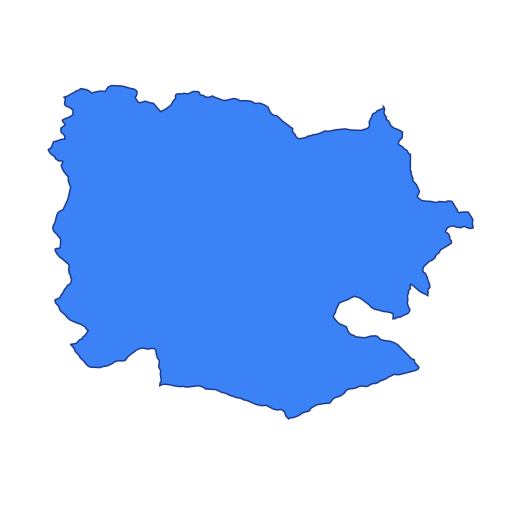 the district of Yarowilca, Huánuco, Peru, rotated 274°
{"feature_id": "86281439B41621224509593", "entity_name": "Yarowilca", "entity_type": "district", "adm_level": 2, "iso_a3": "PER", "parent_name": "Peru", "parent_adm1": "Huánuco", "projection": "equal_earth", "projection_center": [-76.6, -9.812], "detail": "fine", "context": "isolated", "style": "filled", "palette": "blue", "viewbox_px": 512, "rotation_deg": 274, "n_neighbors": 0, "source": "geoboundaries", "source_scale": "gbopen_adm2", "svg_char_len": 6032}
<svg xmlns="http://www.w3.org/2000/svg" viewBox="0 0 512 512"><g transform="rotate(274 256 256)"><path d="M137.0,381.6L137.1,383.9L138.2,386.4L140.4,389.2L140.6,390.3L143.0,394.9L144.0,395.7L146.5,400.3L147.4,401.3L147.6,407.1L152.9,422.9L154.6,425.7L156.0,426.2L157.0,425.8L160.5,422.0L163.6,421.0L164.3,418.4L171.7,410.1L173.7,407.5L175.9,405.4L177.5,403.4L179.2,399.8L180.4,395.5L180.4,391.8L181.1,387.0L182.1,385.2L184.2,383.0L184.7,380.6L184.1,376.1L182.2,370.8L182.0,369.1L182.3,361.5L183.4,359.3L184.4,355.9L186.7,353.5L191.7,351.0L194.3,343.7L196.7,340.8L200.6,337.4L202.2,337.6L205.6,339.3L207.4,339.4L214.2,342.0L215.5,343.2L219.5,351.7L221.1,353.8L222.7,357.3L222.3,358.1L222.0,360.9L220.6,364.0L215.3,372.1L213.0,374.4L211.7,376.8L210.8,380.0L210.7,382.4L210.0,384.4L209.5,387.6L209.5,390.1L208.7,395.1L208.0,396.5L206.6,397.1L202.9,397.0L203.3,399.2L204.7,401.5L205.1,404.3L206.7,406.5L209.3,411.6L212.5,413.3L213.7,413.1L215.3,411.9L219.4,410.2L223.2,410.5L226.8,409.8L230.3,410.8L232.1,410.4L234.2,412.4L236.2,411.7L238.6,412.1L237.1,415.3L232.4,421.4L230.3,425.6L229.5,428.2L228.5,430.1L230.4,430.0L231.7,430.4L233.2,429.7L234.6,429.8L236.7,431.7L240.4,431.0L244.0,429.0L246.1,428.6L249.7,426.6L250.6,426.0L251.6,423.9L254.8,423.3L257.6,424.4L261.1,427.9L262.4,428.7L264.0,431.8L266.6,434.6L269.3,435.3L271.7,438.1L275.1,439.7L280.8,448.0L282.4,449.8L283.5,450.1L284.7,449.8L286.3,448.1L289.0,447.8L291.0,446.7L291.9,445.7L293.3,443.4L294.1,443.4L297.4,444.9L299.3,448.0L299.8,450.4L298.6,455.1L298.6,458.7L300.1,461.1L300.0,462.1L298.8,465.2L298.4,467.8L299.0,470.2L299.4,470.6L300.4,470.6L302.9,469.5L307.5,469.8L314.5,464.8L314.6,462.7L313.9,457.1L313.4,455.6L313.6,454.5L316.2,453.5L318.6,451.5L323.6,448.2L324.3,447.1L324.2,443.3L323.0,441.6L323.2,435.0L322.3,433.3L321.9,431.2L322.6,427.1L322.6,419.6L323.0,417.1L325.9,413.0L327.1,412.7L328.9,413.7L331.9,414.5L338.2,411.2L342.3,407.0L344.4,407.1L348.2,405.2L351.4,404.8L351.9,404.0L368.2,403.0L368.8,401.1L371.5,399.5L372.5,398.2L373.0,396.6L375.0,394.6L377.4,390.4L378.0,390.2L380.9,390.8L384.1,393.6L389.7,393.5L390.2,393.0L392.1,388.8L393.2,384.7L395.4,381.4L397.6,380.4L399.9,378.8L401.6,376.2L403.4,376.5L405.5,374.7L408.2,373.5L410.9,374.1L413.0,373.5L413.9,372.7L413.1,372.8L411.6,371.8L409.9,367.8L408.9,366.4L407.6,365.6L405.7,362.4L402.3,361.5L398.2,359.7L396.7,359.6L394.7,360.2L392.0,359.5L390.4,356.9L389.5,353.9L388.7,352.8L388.6,351.2L388.3,341.2L388.9,337.5L388.9,335.3L387.4,326.5L385.7,320.7L385.3,315.4L383.4,312.5L381.6,308.0L380.9,304.6L379.8,302.1L379.0,298.9L377.8,297.9L376.0,291.6L376.3,289.7L377.4,287.9L379.9,286.5L382.3,283.9L385.9,283.6L386.8,281.6L389.3,278.2L392.2,273.3L396.7,268.0L397.5,266.4L397.5,264.3L398.0,263.0L400.1,260.4L405.3,257.6L407.3,253.8L408.7,249.3L408.1,244.2L409.4,241.9L410.1,239.5L410.3,234.1L409.9,231.8L409.8,229.2L410.9,226.9L411.5,224.2L411.5,222.6L408.9,214.2L409.3,210.6L409.9,209.5L411.3,204.3L412.6,201.5L411.0,197.9L410.9,196.2L411.4,194.2L412.5,192.2L412.6,189.4L413.2,188.8L415.0,188.2L415.9,186.8L415.8,182.2L414.6,179.6L413.4,178.0L413.2,177.1L412.9,175.6L413.3,172.7L412.5,171.3L412.5,168.6L412.1,165.8L411.6,165.0L409.6,164.3L408.6,165.0L407.8,164.8L403.8,162.0L400.5,160.7L396.0,155.3L393.4,150.7L401.2,142.9L401.5,139.3L402.6,135.5L402.5,134.1L400.9,130.2L401.2,127.8L405.4,124.5L406.0,124.5L407.5,125.6L411.3,126.0L412.7,125.1L414.0,122.8L414.4,119.5L416.2,110.6L416.0,100.2L414.3,96.8L409.7,94.1L409.6,88.6L407.9,82.7L406.9,81.0L408.2,79.4L409.6,76.8L410.1,75.2L410.8,69.7L410.5,69.0L409.7,68.5L408.8,67.1L407.8,64.5L406.7,63.5L404.9,60.5L402.9,57.8L401.0,53.4L399.9,54.8L394.1,54.4L392.8,55.4L392.1,56.5L391.3,59.4L389.1,62.8L388.5,63.3L384.4,63.5L383.1,62.4L381.4,59.7L379.2,55.1L378.0,53.4L376.8,53.7L373.9,56.4L373.2,56.3L370.0,52.5L366.6,52.7L365.4,53.5L363.9,55.6L362.6,56.6L359.3,57.3L358.7,53.3L357.6,51.2L356.5,48.4L356.1,46.5L355.7,46.0L350.6,44.5L348.7,43.1L347.8,41.4L347.4,41.4L344.9,42.9L343.0,44.9L341.4,48.0L338.9,49.4L338.5,50.0L337.0,53.0L337.4,55.8L337.0,56.5L335.7,56.6L333.0,55.4L329.8,56.5L326.5,58.7L323.2,61.7L322.0,63.4L318.3,63.4L314.7,64.8L312.0,66.3L299.6,64.4L288.8,60.3L286.5,56.5L284.9,55.2L282.7,54.4L275.3,53.1L271.7,51.5L269.4,51.4L267.6,52.0L266.1,53.1L264.0,55.6L260.5,58.6L260.2,59.5L257.0,60.1L250.6,60.0L249.8,58.6L249.6,56.6L249.0,55.3L248.4,55.1L246.9,55.6L244.3,57.3L241.3,60.2L239.8,62.7L234.4,69.8L232.7,70.4L229.6,70.0L225.7,70.9L224.2,72.1L221.6,72.6L219.6,73.7L216.5,73.2L214.9,72.1L213.5,69.9L211.5,69.1L209.4,67.4L205.2,65.7L204.4,64.8L201.2,63.4L200.3,62.6L198.6,59.2L197.9,58.5L195.2,59.4L191.7,62.9L190.1,63.4L187.6,64.8L183.9,69.8L181.6,71.7L179.2,75.1L177.0,80.9L175.6,86.1L173.7,90.0L171.0,92.2L169.9,93.9L164.9,91.0L163.5,89.3L161.3,88.1L159.8,85.5L157.2,83.8L156.2,82.4L154.7,76.7L154.7,77.6L152.5,79.7L150.9,81.1L147.9,82.6L144.7,86.2L142.0,87.9L139.4,91.3L135.7,94.7L134.0,97.2L133.6,98.8L133.8,108.3L135.0,110.8L136.0,115.2L138.7,120.2L139.8,121.3L141.3,123.8L141.7,125.2L142.2,131.0L142.8,132.8L146.6,135.3L150.1,138.9L152.4,141.8L153.9,143.3L155.4,146.2L156.3,149.2L155.6,155.0L156.5,158.0L156.5,160.3L156.0,161.9L155.3,162.5L151.3,163.4L147.5,164.7L145.5,166.5L144.5,166.9L141.2,166.9L139.9,166.6L138.0,166.9L135.2,168.9L131.5,168.8L125.4,170.1L124.0,170.0L122.8,169.2L119.9,169.1L121.3,171.4L121.8,173.9L121.4,180.7L121.0,182.0L120.5,186.6L120.4,189.6L120.9,192.5L120.5,194.3L120.5,196.9L122.6,207.7L122.0,211.0L120.7,213.9L119.9,214.7L119.9,225.3L117.7,231.0L117.0,235.3L115.0,239.9L114.5,243.0L113.5,245.7L113.0,250.6L111.6,254.0L111.3,256.9L108.0,266.3L107.1,271.7L107.7,276.7L104.5,284.1L104.1,286.0L104.0,288.5L104.7,291.6L103.8,293.6L102.0,295.5L98.3,297.1L95.8,299.9L97.2,302.0L97.1,303.7L99.6,309.4L103.1,314.0L105.2,319.9L108.3,321.7L111.8,326.9L113.5,333.9L114.5,339.9L118.3,342.5L119.9,344.1L122.4,350.1L125.5,353.8L127.4,354.7L129.1,356.6L129.8,357.9L130.5,362.2L131.6,365.6L133.3,368.0L133.8,372.1L133.4,374.6L134.0,376.9L135.6,378.8L137.0,381.6Z" fill="#3b82f6" stroke="#1e3a8a" stroke-width="1.5"/></g></svg>